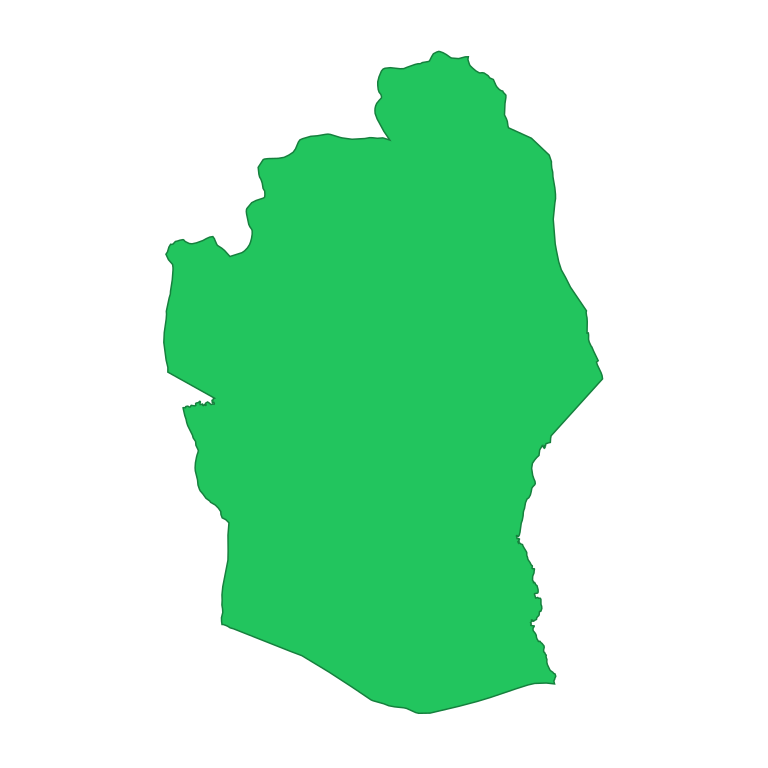 outline of Bua Lai, Nakhon Ratchasima, Thailand, rotated 88°
{"feature_id": "78962969B37861648754674", "entity_name": "Bua Lai", "entity_type": "district", "adm_level": 2, "iso_a3": "THA", "parent_name": "Thailand", "parent_adm1": "Nakhon Ratchasima", "projection": "mercator", "projection_center": [102.534, 15.669], "detail": "fine", "context": "isolated", "style": "filled", "palette": "green", "viewbox_px": 768, "rotation_deg": 88, "n_neighbors": 0, "source": "geoboundaries", "source_scale": "gbopen_adm2", "svg_char_len": 6115}
<svg xmlns="http://www.w3.org/2000/svg" viewBox="0 0 768 768"><g transform="rotate(88 384 384)"><path d="M689.7,224.0L687.5,224.5L686.4,224.5L685.2,223.8L683.5,223.3L682.4,222.6L681.3,222.7L679.6,223.3L679.1,224.6L678.0,225.3L676.6,227.2L675.5,228.2L670.1,230.5L667.6,231.0L664.8,230.8L663.9,231.2L662.2,231.6L660.7,231.3L659.6,232.2L657.8,232.9L657.4,233.7L656.9,233.8L655.0,233.7L652.9,233.1L651.5,233.2L650.9,233.5L650.1,234.2L648.9,235.0L647.8,236.3L646.6,237.1L646.5,237.5L646.8,238.2L646.6,238.7L645.6,239.1L644.3,239.9L642.4,240.5L640.6,240.6L639.5,241.0L638.2,241.7L635.9,243.4L634.9,243.7L633.1,243.5L631.6,242.4L631.0,242.4L630.6,245.2L630.4,245.7L630.0,245.8L629.0,245.2L627.6,245.9L626.7,244.8L625.0,244.8L625.0,244.4L625.4,243.5L626.2,243.4L626.3,243.1L625.9,242.1L625.2,241.2L624.6,239.8L622.9,239.5L621.6,238.3L621.0,237.5L620.1,237.0L617.0,236.6L616.7,236.4L616.7,235.5L616.5,235.1L613.9,234.1L611.5,234.2L609.8,234.8L604.8,234.7L604.2,234.9L603.5,235.5L603.6,237.0L602.7,237.8L602.8,238.3L603.2,239.5L603.2,239.9L599.1,241.0L598.9,240.9L598.7,240.6L598.3,237.8L597.8,237.4L596.9,237.2L594.8,237.2L590.9,238.1L589.8,239.4L588.7,239.8L587.6,240.4L587.5,240.8L587.9,241.2L587.8,241.5L586.4,241.6L585.5,242.4L582.3,242.2L581.0,242.0L578.1,240.7L576.3,240.5L574.2,240.1L573.8,240.4L573.8,241.8L573.5,242.4L572.6,242.4L571.5,242.1L570.8,242.2L569.9,243.2L567.5,244.3L564.3,246.3L562.3,246.6L560.2,247.3L557.6,247.2L556.7,247.5L552.4,249.9L550.6,250.8L549.3,251.2L548.5,253.1L547.6,253.9L547.6,254.3L548.0,254.9L547.5,255.3L546.2,255.7L546.0,255.4L546.3,254.7L546.2,254.5L545.6,254.4L544.8,254.7L544.0,254.1L543.6,254.1L543.4,254.5L543.1,256.5L541.4,256.6L540.5,257.0L540.1,256.7L540.1,256.3L541.0,255.5L541.1,254.9L539.4,253.9L538.9,253.9L537.1,253.3L527.9,251.7L525.1,250.6L520.7,249.6L516.9,249.2L514.5,248.5L513.6,248.0L507.5,246.7L504.0,245.1L502.7,243.2L500.0,241.6L496.6,240.6L493.3,239.9L491.8,238.8L489.9,236.8L488.7,236.3L486.5,236.5L484.1,237.5L480.4,238.6L473.4,239.4L468.4,238.4L465.0,235.9L462.8,233.9L460.8,231.6L455.3,230.7L451.1,228.0L453.8,226.1L453.2,225.3L451.2,225.9L451.5,224.8L449.7,224.4L449.1,223.8L449.1,223.2L448.6,221.9L448.2,219.8L443.4,219.3L442.8,219.0L441.7,218.9L386.5,165.4L383.0,165.8L380.2,166.7L372.4,170.1L369.5,170.9L368.2,169.1L358.4,173.4L354.2,175.0L353.3,175.7L351.0,176.7L349.3,177.4L346.6,178.0L342.2,177.8L340.1,178.0L340.2,179.3L328.9,178.7L324.9,178.8L322.8,179.2L319.5,179.5L317.9,179.1L293.7,194.3L283.9,198.8L276.1,202.8L268.0,205.1L256.2,207.1L249.9,208.0L225.2,209.1L208.9,206.9L204.7,206.1L200.4,206.0L194.0,206.4L183.0,207.9L178.1,208.0L174.1,208.8L169.6,209.0L167.7,208.9L161.0,210.9L143.5,228.1L132.3,250.6L130.5,251.1L125.8,251.6L123.0,252.5L119.3,254.2L107.9,253.3L102.0,252.2L99.6,252.1L97.5,253.8L97.1,254.4L95.4,255.1L94.9,256.7L93.7,258.5L91.2,260.7L89.5,261.7L83.5,264.1L81.8,267.6L79.6,269.1L76.7,273.1L76.3,275.1L76.5,277.3L76.2,278.2L74.3,281.2L71.3,284.5L68.9,286.8L67.7,287.4L63.9,288.5L62.5,288.8L59.9,288.3L59.9,291.4L61.4,298.0L60.6,305.1L59.8,306.5L57.0,310.1L55.0,313.4L53.8,316.4L53.5,317.6L54.1,319.8L55.7,323.1L58.4,324.9L62.8,327.3L63.3,328.6L64.1,334.5L65.0,336.1L65.2,337.1L65.1,338.7L65.7,341.8L68.3,350.0L69.5,353.2L69.5,356.8L68.1,366.7L68.5,372.1L69.3,374.0L71.2,375.7L76.9,378.3L81.8,379.7L85.4,379.8L89.5,379.5L92.2,378.7L94.5,377.0L96.4,376.5L98.1,376.6L100.2,378.8L103.3,381.5L105.9,382.7L108.2,383.3L110.5,383.5L113.4,383.4L118.9,381.6L131.5,375.3L140.4,369.7L138.3,375.6L138.0,376.7L138.2,382.0L137.5,386.8L137.3,389.6L138.0,394.6L138.3,407.4L136.6,417.2L136.0,419.4L132.7,428.9L132.3,431.3L132.5,434.0L133.6,442.0L133.9,448.6L136.0,456.8L137.1,459.5L139.2,461.1L145.9,464.2L149.2,466.7L152.0,471.3L154.0,475.9L154.8,481.9L154.7,491.9L155.0,495.5L155.5,496.9L163.1,502.2L170.0,501.7L172.8,501.1L175.3,499.8L178.9,498.7L184.4,498.0L187.0,496.5L190.4,496.4L192.9,496.7L193.9,497.8L196.1,505.4L198.2,509.9L203.7,514.8L204.7,515.3L206.8,515.6L209.3,515.4L219.7,513.6L222.1,512.6L224.9,510.8L226.3,510.4L229.6,510.5L233.8,511.3L237.4,512.4L240.0,513.5L243.3,515.8L246.1,518.7L247.8,521.4L251.2,533.5L245.0,538.7L242.6,541.4L239.7,545.6L238.5,546.3L234.0,548.1L233.1,548.3L230.7,549.9L231.1,553.0L232.5,556.5L234.3,560.0L236.4,566.5L237.2,571.0L236.8,573.7L235.0,577.1L234.2,578.2L233.1,579.0L232.7,579.8L233.2,583.1L233.9,585.4L234.3,587.5L236.8,590.0L237.1,591.4L236.9,592.4L239.7,594.2L244.5,595.8L246.7,597.4L252.2,595.1L257.2,591.1L260.4,590.8L262.9,590.9L272.7,592.0L283.7,594.1L286.7,594.4L290.5,595.7L303.7,599.0L306.7,598.9L311.5,599.4L324.9,601.8L334.8,602.6L352.5,600.9L360.0,599.4L364.6,599.6L392.3,553.8L393.0,555.2L394.1,555.5L394.2,556.3L394.5,556.5L396.5,556.2L396.6,555.8L396.2,555.1L396.3,554.7L397.8,554.2L398.3,554.5L398.1,555.9L398.5,557.6L396.9,559.3L395.8,560.9L396.7,562.6L397.3,563.2L397.9,563.4L398.5,562.6L399.1,562.7L399.2,563.2L398.5,564.3L399.3,565.4L399.0,565.9L398.0,565.9L397.7,566.1L398.2,567.9L398.1,568.5L397.1,568.6L395.5,568.1L395.0,568.4L394.9,568.9L396.1,570.1L396.4,572.0L396.7,572.7L397.3,573.0L398.8,572.8L399.1,573.2L399.2,574.3L398.6,577.4L398.9,577.7L400.0,578.2L400.3,578.9L400.1,579.6L399.3,580.8L399.5,582.5L399.7,582.9L400.5,583.0L400.8,583.3L400.6,584.4L400.7,585.6L401.2,585.6L408.6,584.2L412.2,583.1L415.7,582.5L418.8,581.6L428.5,577.2L431.2,576.6L434.9,574.3L438.7,574.1L443.7,571.9L445.6,572.2L448.1,573.2L450.4,573.9L456.1,575.2L461.2,575.7L464.3,575.6L473.4,573.7L478.5,573.4L482.8,572.1L484.5,571.3L487.5,568.9L492.0,565.9L494.8,562.3L496.2,561.4L499.0,556.9L502.2,553.9L505.8,551.6L508.8,551.5L512.1,550.4L514.0,546.9L517.3,543.8L529.6,545.2L545.5,545.6L554.6,546.1L580.9,552.2L589.1,553.3L594.6,553.3L599.2,553.7L603.1,553.2L606.7,553.1L611.9,554.6L615.6,554.6L618.7,554.3L618.8,552.9L619.8,550.4L620.7,548.6L622.3,546.3L623.4,542.9L648.1,486.4L652.6,475.6L670.2,448.7L685.5,426.9L699.3,407.9L700.2,405.9L703.6,395.3L705.7,390.5L707.0,384.7L708.3,375.5L709.0,372.8L713.5,363.7L714.3,360.8L714.5,349.4L708.7,320.4L704.5,301.9L701.0,288.7L693.2,262.7L689.8,250.6L688.5,243.9L688.5,232.2L689.7,224.0Z" fill="#22c55e" stroke="#15803d" stroke-width="1.5"/></g></svg>